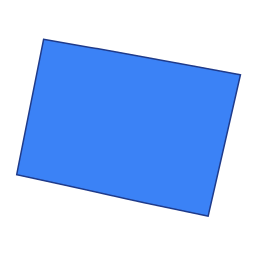 Rockingham, North Carolina, United States of America, rotated 10°
{"feature_id": "52423323B98721671056324", "entity_name": "Rockingham", "entity_type": "district", "adm_level": 2, "iso_a3": "USA", "parent_name": "United States of America", "parent_adm1": "North Carolina", "projection": "mercator", "projection_center": [-79.829, 36.392], "detail": "fine", "context": "isolated", "style": "filled", "palette": "blue", "viewbox_px": 256, "rotation_deg": 10, "n_neighbors": 0, "source": "geoboundaries", "source_scale": "gbopen_adm2", "svg_char_len": 456}
<svg xmlns="http://www.w3.org/2000/svg" viewBox="0 0 256 256"><g transform="rotate(10 128 128)"><path d="M222.2,200.9L222.4,197.4L222.4,196.9L229.5,56.1L169.9,55.6L169.7,55.6L151.2,55.5L84.0,55.1L82.4,55.2L77.3,55.3L71.3,55.3L53.0,55.3L52.8,55.3L43.2,55.3L29.5,55.3L27.2,159.3L26.7,181.9L26.6,187.3L26.5,193.2L26.5,193.3L91.8,195.9L124.3,197.4L125.4,197.4L137.6,198.0L156.7,198.8L222.2,200.9Z" fill="#3b82f6" stroke="#1e3a8a" stroke-width="1.5"/></g></svg>